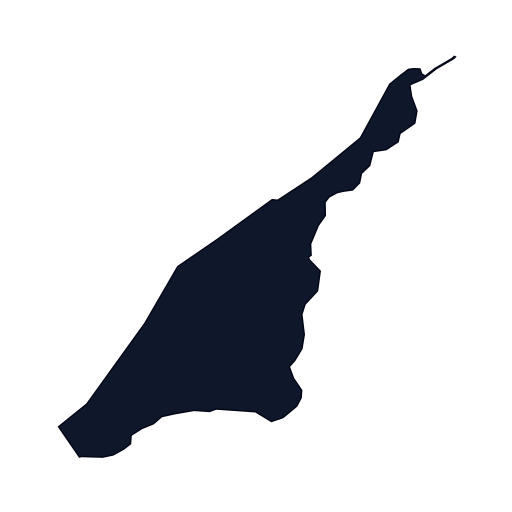 the district of Riverside Road, Soufrière, Saint Lucia, rotated 94°
{"feature_id": "8701671B35979662153697", "entity_name": "Riverside Road", "entity_type": "district", "adm_level": 2, "iso_a3": "LCA", "parent_name": "Saint Lucia", "parent_adm1": "Soufrière", "projection": "equal_earth", "projection_center": [-61.054, 13.895], "detail": "fine", "context": "isolated", "style": "filled", "palette": "ink", "viewbox_px": 512, "rotation_deg": 94, "n_neighbors": 0, "source": "geoboundaries", "source_scale": "gbopen_adm2", "svg_char_len": 1198}
<svg xmlns="http://www.w3.org/2000/svg" viewBox="0 0 512 512"><g transform="rotate(94 256 256)"><path d="M406.2,208.3L402.9,204.9L394.4,201.1L386.8,201.1L375.5,210.0L364.1,215.1L357.5,210.0L345.2,203.7L331.0,202.4L311.1,206.2L300.7,203.7L286.5,192.2L266.6,190.9L256.2,202.4L253.4,203.7L251.5,201.1L240.1,202.4L221.2,196.0L210.8,189.7L197.5,190.9L191.9,187.1L187.1,179.5L185.2,173.1L183.3,164.2L175.8,157.8L168.2,156.8L166.3,156.6L157.8,148.9L143.6,146.4L140.8,133.6L135.7,126.9L132.2,122.2L123.7,120.9L112.4,106.9L100.1,105.6L85.9,112.0L74.5,114.5L67.9,101.8L65.7,99.4L56.5,89.1L45.2,72.5L43.5,71.0L43.3,71.5L43.1,72.2L45.2,74.1L56.5,90.6L64.8,99.9L64.4,100.3L62.8,103.4L58.0,105.5L58.2,111.9L59.2,116.9L65.3,123.9L75.2,134.5L131.0,160.1L174.1,205.7L198.7,238.0L198.9,237.9L198.7,243.8L243.0,296.8L272.0,333.3L331.1,362.3L415.5,414.5L440.1,441.0L468.9,418.1L468.2,416.5L467.3,394.9L464.4,384.7L457.8,374.5L452.1,368.1L443.6,368.1L436.1,358.0L430.4,346.5L422.8,338.9L419.0,326.1L414.3,307.0L414.3,305.5L414.3,293.0L414.3,291.5L411.4,285.1L411.4,263.8L411.4,262.2L411.4,247.2L411.4,245.7L419.6,229.8L420.0,229.1L415.2,217.7L406.2,208.3Z" fill="#0f172a" stroke="#020617" stroke-width="1.5"/></g></svg>